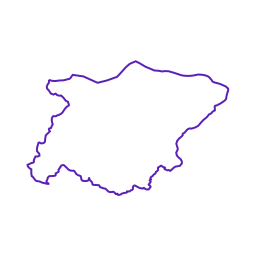 Viengkham, Louangphrabang, Laos (Natural Earth projection), rotated 82°
{"feature_id": "54806243B97421577673591", "entity_name": "Viengkham", "entity_type": "district", "adm_level": 2, "iso_a3": "LAO", "parent_name": "Laos", "parent_adm1": "Louangphrabang", "projection": "natural_earth1", "projection_center": [103.07, 20.384], "detail": "fine", "context": "isolated", "style": "outline", "palette": "violet", "viewbox_px": 256, "rotation_deg": 82, "n_neighbors": 0, "source": "geoboundaries", "source_scale": "gbopen_adm2", "svg_char_len": 5162}
<svg xmlns="http://www.w3.org/2000/svg" viewBox="0 0 256 256"><g transform="rotate(82 128 128)"><path d="M192.5,147.3L192.9,147.1L193.0,146.7L193.0,146.2L192.8,144.5L192.8,144.4L192.3,143.6L192.0,142.8L192.0,141.9L191.8,140.9L191.8,139.2L191.7,138.2L191.4,138.0L190.8,137.9L190.6,137.7L190.6,137.3L190.9,136.5L191.0,135.9L190.9,135.0L190.2,134.0L190.1,133.6L190.0,132.7L189.6,132.1L189.2,131.7L188.3,131.5L187.6,131.4L187.1,131.3L186.3,130.7L185.9,130.1L185.8,129.5L186.0,129.0L188.4,125.8L189.2,124.4L189.7,122.9L189.9,122.2L190.0,121.6L189.6,121.1L189.5,120.6L189.7,120.3L190.6,119.5L191.0,119.0L191.4,118.3L191.4,117.9L191.7,116.6L191.7,116.2L190.0,114.3L189.5,113.9L189.1,113.8L188.5,114.1L188.1,114.3L187.3,115.3L187.0,115.4L186.5,115.1L186.2,114.7L184.8,113.3L184.3,113.0L184.0,113.0L183.5,113.4L183.2,113.7L182.8,113.8L182.6,113.7L182.3,112.7L182.1,112.4L181.8,112.4L181.5,112.7L181.0,112.8L180.2,112.5L179.9,112.2L178.7,109.9L178.2,109.6L177.7,109.0L177.4,108.3L176.9,107.3L176.4,106.9L175.9,106.8L175.3,106.5L175.2,106.1L174.7,105.1L173.9,104.2L173.4,103.9L172.9,103.9L172.1,104.0L171.7,104.0L171.4,103.8L171.2,103.4L170.5,101.7L170.0,100.9L170.0,100.4L170.1,100.0L170.4,99.9L171.0,99.3L171.7,98.3L172.2,97.2L172.4,97.0L172.7,97.1L173.3,97.6L173.6,97.5L173.8,97.3L174.4,96.4L175.2,95.4L175.4,94.6L175.3,94.0L175.3,93.4L175.7,93.0L176.0,92.7L176.3,92.0L175.4,90.7L173.7,88.2L172.9,86.5L172.8,84.8L172.7,82.0L171.9,81.0L170.6,79.6L169.3,79.4L168.3,79.4L166.2,80.2L164.0,82.2L161.9,83.5L159.2,83.7L157.6,82.7L156.6,81.9L154.7,81.6L152.3,82.1L150.1,82.3L147.5,81.0L145.6,78.9L143.7,75.9L142.7,74.8L141.5,74.7L141.0,73.9L140.7,73.1L140.2,72.2L138.3,70.2L137.3,68.5L137.0,67.0L137.4,65.5L137.3,64.2L136.9,61.7L135.7,58.3L134.5,56.9L132.3,54.4L130.7,52.4L128.2,48.4L125.9,45.9L125.7,45.6L125.6,44.9L124.9,43.3L123.7,42.1L122.9,40.3L122.6,39.5L122.2,39.4L121.2,39.4L119.4,39.2L118.9,39.2L118.3,38.9L118.0,37.9L117.9,36.7L117.8,36.2L117.3,35.3L116.8,33.5L116.7,33.3L116.3,32.4L114.3,28.4L112.9,26.8L111.3,26.4L108.5,25.4L106.9,24.7L105.5,23.9L104.0,23.4L102.8,23.4L101.8,24.3L100.8,25.1L100.1,26.0L99.4,27.1L98.7,28.3L97.7,29.8L97.1,30.9L95.9,33.6L95.5,34.7L95.3,35.2L95.2,35.3L94.9,35.9L94.7,36.5L94.2,37.2L93.7,37.8L92.4,38.4L90.4,39.6L88.7,40.8L87.5,42.4L86.2,45.2L85.6,47.3L85.2,49.2L84.8,50.8L84.9,52.3L85.0,54.1L85.1,55.8L85.1,58.0L84.9,60.2L84.7,61.3L84.5,62.9L84.1,64.8L83.7,66.3L83.1,68.0L82.0,70.1L81.1,72.0L79.4,75.5L77.4,80.0L76.8,83.5L76.7,86.6L75.9,88.6L75.5,90.2L74.6,94.2L73.8,95.3L69.8,102.1L65.4,107.6L63.0,111.1L64.7,117.3L67.4,121.5L72.6,127.7L75.8,131.7L78.0,142.3L79.0,151.7L78.1,153.3L70.7,165.0L67.7,175.3L69.1,176.8L70.4,177.9L71.2,179.1L71.3,181.0L71.6,182.9L71.8,185.6L71.4,189.4L71.4,193.3L70.8,196.4L70.1,198.0L69.7,198.9L70.1,199.7L72.3,200.1L73.9,201.7L75.8,202.7L77.7,202.6L80.1,201.0L83.1,199.7L83.9,198.1L84.5,197.3L83.9,194.8L85.6,193.6L86.5,191.2L86.6,189.6L87.6,188.9L88.9,187.8L91.0,186.6L92.5,185.7L93.7,183.8L95.3,183.6L96.5,183.3L97.5,183.5L98.0,184.6L98.5,185.8L99.4,186.9L101.1,188.6L103.7,190.9L104.8,192.7L105.1,194.0L105.6,194.7L105.6,196.3L106.3,197.7L106.1,198.8L105.9,200.5L106.5,201.2L107.6,202.0L108.7,202.2L109.5,202.5L110.3,202.4L111.8,202.4L113.2,202.1L114.1,202.1L115.5,203.3L116.5,203.8L117.4,204.4L117.6,206.2L118.2,206.5L119.3,206.4L120.4,205.8L123.9,210.5L127.2,211.5L130.3,212.3L131.0,213.3L131.3,215.3L131.0,216.5L130.0,217.7L130.2,218.7L132.4,219.7L134.6,220.7L136.7,221.2L138.3,221.3L139.9,220.3L141.0,219.5L143.1,219.5L143.7,221.4L143.3,223.6L146.8,225.8L148.2,225.8L149.1,226.5L149.2,228.2L150.0,230.9L150.5,232.6L152.1,232.5L153.6,231.5L154.8,230.4L155.4,229.5L157.6,229.8L159.6,230.1L162.3,230.0L162.4,229.8L162.7,229.4L163.9,228.6L165.2,227.9L166.9,226.9L167.2,226.7L167.9,225.6L168.1,224.8L168.6,223.2L169.3,221.8L170.0,220.9L170.7,219.2L172.1,215.6L172.3,214.7L172.2,214.5L171.9,214.5L171.7,214.7L170.5,216.0L170.1,216.2L169.6,216.2L169.0,215.9L168.1,215.3L167.4,214.8L166.1,214.4L165.8,214.1L165.1,213.3L164.9,212.9L164.8,212.2L164.8,211.4L165.0,210.2L165.1,208.2L165.0,206.7L164.8,206.4L164.4,206.1L162.9,205.9L162.7,205.6L162.4,204.6L161.9,203.2L161.7,202.9L161.2,202.7L159.7,202.6L159.3,202.3L158.4,201.4L157.7,200.8L157.4,200.6L157.3,200.3L157.1,200.2L156.8,200.2L156.6,200.0L156.3,199.6L156.0,199.3L155.8,199.1L155.7,198.3L155.7,197.6L155.8,196.8L156.2,196.4L157.9,195.0L159.1,194.0L160.7,192.9L161.3,192.2L162.1,191.0L162.5,189.4L162.8,187.6L163.2,187.1L164.5,186.5L166.2,185.7L167.1,184.8L167.7,184.1L168.6,182.3L169.0,181.7L169.5,181.5L170.0,181.4L172.5,181.3L173.6,180.7L174.0,180.1L174.4,178.5L174.7,176.7L174.6,175.6L174.3,174.6L173.9,174.1L172.7,173.8L172.3,173.7L172.3,173.4L172.7,173.3L174.3,173.0L174.6,172.8L175.6,171.9L176.7,171.3L177.2,171.1L178.7,171.0L179.1,170.8L179.4,170.5L179.6,169.8L180.1,167.0L180.6,164.9L180.7,164.6L181.0,164.4L181.9,164.2L182.6,163.9L183.0,163.3L183.4,162.2L183.7,161.8L184.5,160.2L184.8,159.2L185.0,158.7L185.6,158.2L188.0,156.4L188.6,155.5L189.0,154.7L189.1,153.5L189.1,151.9L189.2,151.3L189.6,150.7L190.6,150.0L191.7,149.3L191.8,149.0L191.5,147.9L191.7,147.7L192.1,147.4L192.5,147.3Z" fill="none" stroke="#5b21b6" stroke-width="2"/></g></svg>